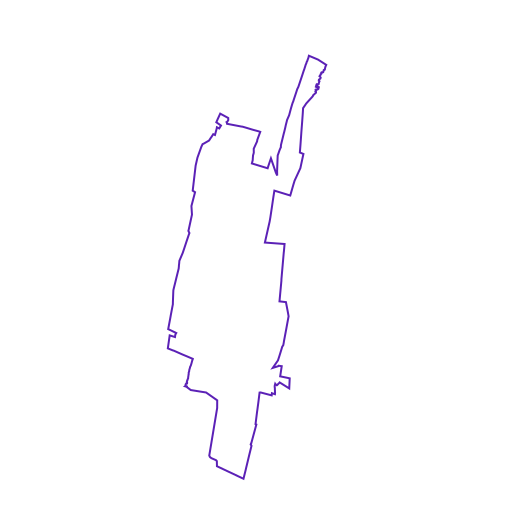 El Naranjo, San Luis Potosí, Mexico, rotated 211°
{"feature_id": "50627088B30003317916079", "entity_name": "El Naranjo", "entity_type": "district", "adm_level": 2, "iso_a3": "MEX", "parent_name": "Mexico", "parent_adm1": "San Luis Potosí", "projection": "mercator", "projection_center": [-99.359, 22.447], "detail": "fine", "context": "isolated", "style": "outline", "palette": "violet", "viewbox_px": 512, "rotation_deg": 211, "n_neighbors": 0, "source": "geoboundaries", "source_scale": "gbopen_adm2", "svg_char_len": 4579}
<svg xmlns="http://www.w3.org/2000/svg" viewBox="0 0 512 512"><g transform="rotate(211 256 256)"><path d="M170.8,144.6L171.7,146.6L169.4,147.1L168.6,147.3L168.9,147.9L169.5,149.0L169.8,149.4L170.3,150.1L170.5,150.5L170.7,150.8L170.8,150.9L171.2,151.5L171.4,151.8L171.8,152.5L172.5,153.3L172.8,153.8L173.1,154.4L173.3,154.9L173.7,156.3L173.5,156.2L172.5,156.1L171.6,155.9L171.5,156.0L171.4,156.2L171.2,157.1L171.0,158.0L170.9,158.4L170.7,159.0L170.6,159.4L170.6,159.8L170.0,159.8L169.9,159.8L159.3,159.6L164.1,168.5L167.3,167.4L173.3,165.3L177.2,174.8L180.1,173.6L180.2,173.0L184.0,168.7L183.4,177.9L183.5,178.2L184.2,181.3L185.1,185.0L185.4,186.2L186.8,191.8L186.7,193.6L187.5,195.8L188.2,197.5L190.2,202.9L192.8,209.9L193.6,212.0L197.0,221.1L199.7,224.2L206.6,231.9L212.5,229.2L221.4,247.7L222.3,249.3L234.2,273.7L234.2,273.8L237.7,281.0L255.3,272.1L262.0,292.4L263.5,296.3L267.3,305.5L271.6,315.8L273.9,321.5L257.8,325.5L260.7,336.4L261.7,340.4L263.2,354.1L267.2,365.8L267.9,367.9L271.7,367.3L275.4,374.7L281.2,386.1L285.6,394.9L289.5,402.6L291.8,407.0L291.7,408.7L291.6,410.3L291.5,412.6L289.6,422.2L289.8,423.2L289.1,425.6L288.7,426.9L289.1,427.5L289.6,427.6L289.8,427.7L289.6,428.3L289.8,428.9L290.1,429.0L289.6,429.5L289.7,429.8L289.9,429.9L288.8,430.8L288.6,431.3L289.1,433.1L289.3,433.1L290.0,433.0L290.2,432.8L290.3,432.7L290.1,432.3L290.1,432.2L290.8,432.2L291.2,431.9L291.5,431.9L291.8,431.9L291.8,432.0L291.8,432.6L291.9,432.9L292.3,433.3L292.1,433.7L292.2,434.0L291.8,433.9L291.6,433.9L291.3,434.2L291.3,434.5L291.7,434.8L291.3,435.4L291.3,435.6L290.9,435.9L291.0,436.1L291.2,436.6L291.3,437.2L291.6,438.0L291.6,438.5L291.8,438.6L292.5,438.6L292.9,439.6L292.5,440.5L292.2,441.3L292.3,441.6L292.5,442.3L293.8,442.8L294.1,442.8L294.2,443.5L293.9,444.7L294.2,445.1L293.9,445.9L294.2,446.1L294.3,446.5L294.5,446.8L294.4,447.2L294.1,447.4L293.4,447.7L293.2,448.0L293.4,448.2L293.2,448.7L293.7,450.3L293.1,450.9L293.1,451.5L293.3,451.7L294.0,454.1L294.2,456.0L304.0,456.3L313.8,454.9L313.1,452.6L312.9,451.3L312.7,450.3L312.5,449.7L312.5,448.5L312.1,447.1L311.9,445.4L311.5,443.9L311.1,442.1L310.9,441.4L310.4,438.8L309.7,435.8L309.4,434.5L306.8,422.8L306.6,420.3L306.3,419.0L305.9,417.3L304.1,409.3L303.7,407.7L303.5,406.2L303.0,404.1L302.0,400.3L300.1,393.7L299.4,388.4L299.0,387.3L297.9,383.6L297.0,381.0L295.6,376.5L295.4,375.7L291.9,364.4L291.7,363.9L291.3,363.0L290.7,362.1L290.6,360.8L290.5,360.2L290.4,359.4L290.2,358.3L289.5,355.0L289.2,353.4L287.2,349.7L281.8,339.9L279.3,335.9L281.8,337.6L293.5,347.4L291.8,339.6L291.2,337.2L307.2,333.2L308.2,336.5L309.1,338.2L310.4,340.8L310.6,341.7L311.1,343.4L313.2,346.8L314.1,354.8L314.7,356.2L316.3,364.6L317.7,364.3L323.7,362.6L330.8,360.8L334.2,359.9L335.3,359.4L348.9,354.4L349.2,354.8L349.5,355.1L349.7,355.3L350.2,355.6L349.9,356.2L349.7,356.5L349.8,357.3L349.8,358.3L350.9,360.0L360.0,359.6L359.6,356.1L359.3,353.3L359.1,351.9L358.9,350.2L353.2,349.8L353.2,346.4L355.8,346.2L355.3,344.9L353.5,338.6L355.4,338.4L355.4,337.8L355.5,334.8L355.6,334.0L355.7,330.8L358.8,325.2L359.4,324.4L359.1,321.5L356.9,310.4L356.8,310.0L354.3,302.4L343.9,279.4L341.1,279.3L337.1,265.6L332.2,258.5L327.0,243.2L326.9,242.7L324.9,241.4L324.8,240.7L323.0,232.5L321.3,225.0L320.4,220.9L319.2,212.4L318.2,210.4L317.1,208.0L316.9,207.7L315.9,205.6L315.8,205.4L313.2,196.9L311.2,190.5L309.8,185.9L309.2,184.1L308.4,182.6L306.2,178.6L303.5,173.7L302.4,171.8L298.9,162.3L297.3,158.1L293.6,148.1L284.7,148.9L284.7,148.1L284.6,146.9L283.7,144.8L289.1,143.5L284.0,131.4L278.4,132.3L277.9,132.5L268.3,133.7L263.6,134.4L258.5,135.1L257.2,135.3L257.0,134.7L257.0,134.2L256.8,133.6L256.6,132.7L256.2,131.4L255.9,130.3L255.5,128.7L255.4,127.8L255.3,126.7L255.1,126.4L254.5,124.0L253.9,122.7L253.6,121.3L253.3,120.8L252.8,120.0L252.7,119.4L252.4,118.9L251.8,117.4L251.1,116.0L251.1,115.1L251.0,114.8L250.9,114.1L250.8,113.6L250.7,113.6L250.6,112.8L250.4,112.6L250.3,112.4L250.2,112.2L249.9,112.1L249.7,111.7L249.8,111.7L249.8,111.3L250.0,111.2L250.2,110.8L250.2,110.6L250.1,110.4L250.1,110.2L250.2,109.9L250.2,109.7L249.9,109.4L249.7,109.2L249.7,108.9L249.8,108.6L249.7,108.4L249.5,108.0L249.6,107.8L248.7,108.0L247.9,108.5L247.5,108.0L242.9,107.5L232.9,111.5L228.5,113.3L214.9,112.3L214.6,111.8L214.5,111.6L211.0,105.7L193.3,60.9L192.0,60.0L190.9,59.8L189.7,59.8L185.1,60.4L183.9,60.0L181.2,55.7L152.0,58.6L154.6,67.1L155.1,68.6L159.2,81.6L162.1,91.0L163.5,91.7L163.6,92.3L163.4,92.3L168.9,111.7L169.7,111.6L169.8,111.6L174.7,122.7L175.8,125.3L178.4,131.3L182.6,140.8L181.8,141.4L170.8,144.6Z" fill="none" stroke="#5b21b6" stroke-width="2"/></g></svg>